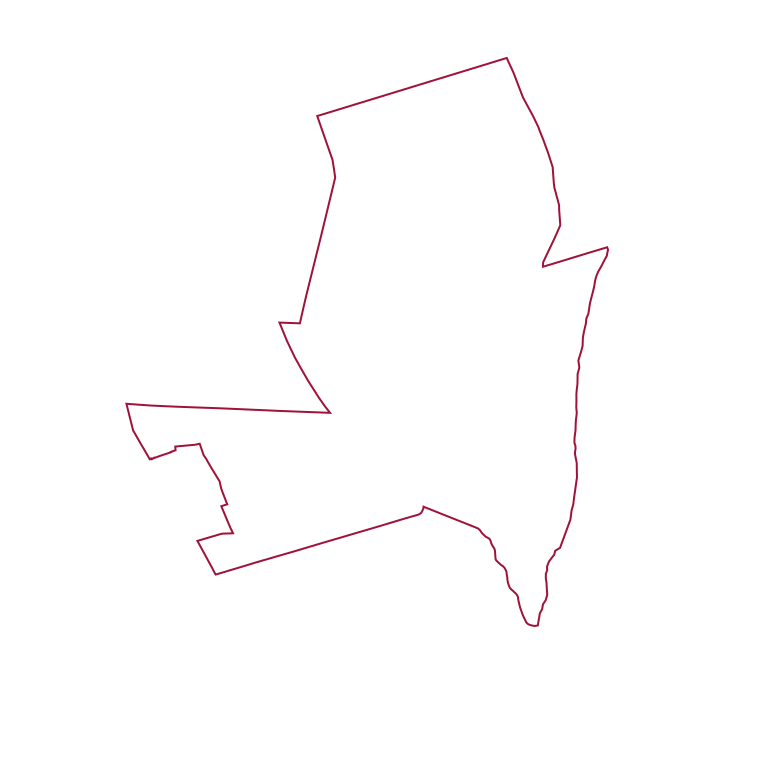 Rivadavia, San Juan, Argentina, rotated 163°
{"feature_id": "61730980B90561116594730", "entity_name": "Rivadavia", "entity_type": "district", "adm_level": 2, "iso_a3": "ARG", "parent_name": "Argentina", "parent_adm1": "San Juan", "projection": "orthographic", "projection_center": [-68.638, -31.547], "detail": "fine", "context": "isolated", "style": "outline", "palette": "rose", "viewbox_px": 768, "rotation_deg": 163, "n_neighbors": 0, "source": "geoboundaries", "source_scale": "gbopen_adm2", "svg_char_len": 3466}
<svg xmlns="http://www.w3.org/2000/svg" viewBox="0 0 768 768"><g transform="rotate(163 384 384)"><path d="M466.0,473.3L464.2,453.7L463.3,447.5L461.4,435.0L458.6,422.1L455.6,409.1L450.2,389.7L447.1,380.2L444.0,372.2L446.9,373.2L489.5,388.0L531.2,402.8L551.3,409.9L572.8,417.3L592.6,424.2L613.6,431.7L624.8,436.0L636.1,440.4L637.5,412.9L636.8,410.1L636.7,409.6L636.5,408.8L636.4,408.2L633.6,395.8L632.7,392.3L630.0,380.6L628.7,381.0L628.5,380.1L627.4,380.3L627.4,380.1L625.3,380.7L625.2,380.4L623.4,380.5L621.5,380.6L620.1,380.7L616.5,380.8L607.6,381.0L607.6,381.4L602.7,381.6L601.9,385.2L596.5,384.1L582.8,381.2L577.7,380.7L577.3,368.8L575.8,364.0L575.6,362.7L573.6,354.1L570.8,343.4L569.7,338.9L570.1,333.8L570.2,331.7L570.2,329.9L569.1,314.8L575.3,314.7L573.6,297.5L573.0,291.7L572.0,285.4L575.2,286.2L581.7,288.0L584.2,288.3L587.9,288.3L596.4,288.4L608.3,288.5L607.8,286.1L602.3,259.2L601.5,254.8L601.0,252.1L600.7,251.0L591.1,250.9L590.8,250.9L586.5,250.9L574.6,250.8L558.9,250.8L537.0,250.5L517.7,250.2L486.2,250.0L471.9,249.8L459.8,249.7L432.5,249.4L407.9,249.3L399.3,249.2L389.6,249.0L388.2,249.2L386.3,249.8L385.1,250.8L383.8,252.2L383.3,252.9L382.7,253.6L382.5,253.9L382.3,254.3L382.2,254.8L382.1,255.1L337.9,219.7L336.5,218.5L336.1,218.1L334.9,216.0L334.3,214.0L333.9,212.7L332.9,210.9L332.2,209.7L331.5,208.3L330.4,207.3L328.5,205.3L328.4,205.2L327.9,202.5L328.0,200.8L327.8,198.7L326.6,194.4L326.6,192.3L328.2,185.4L328.5,183.3L328.0,182.0L326.6,179.5L324.8,176.5L323.7,175.3L322.4,172.7L322.3,172.3L322.0,170.5L321.9,169.5L321.8,168.6L322.3,166.1L322.7,162.5L323.2,161.1L323.4,158.9L323.6,156.8L323.4,153.4L323.1,151.8L321.8,149.4L321.3,148.8L321.1,148.5L320.4,147.0L319.5,145.7L318.7,143.9L318.2,141.8L318.2,140.6L318.6,138.9L318.9,135.9L319.1,132.0L319.2,130.1L318.8,122.1L317.6,114.3L316.4,112.2L314.0,110.3L310.8,108.6L307.5,108.1L306.3,110.6L306.0,111.2L303.8,115.5L303.3,116.5L302.1,119.0L298.5,122.6L298.0,123.6L297.4,124.8L297.3,125.1L296.3,126.9L292.7,129.8L291.3,131.9L289.5,134.7L287.9,141.7L286.7,146.5L286.1,150.7L285.9,151.4L284.7,155.2L282.4,158.2L281.5,161.7L279.6,164.2L278.0,166.1L273.9,169.1L271.1,171.0L269.0,174.5L263.6,175.8L253.5,189.1L245.4,199.8L241.4,208.6L238.3,213.3L236.0,218.5L235.8,219.0L226.8,238.2L223.5,249.7L222.8,252.0L221.8,261.5L220.9,263.8L219.7,266.2L219.3,267.8L219.0,269.0L219.1,272.0L218.4,274.3L217.2,277.6L214.3,283.9L212.7,288.8L211.1,293.2L209.8,296.1L208.1,300.0L207.0,305.3L204.9,311.6L203.2,317.4L202.0,320.6L201.7,321.2L201.4,322.1L199.1,327.2L197.7,331.4L195.9,337.0L193.6,340.6L192.4,342.6L191.6,347.4L191.3,349.6L186.2,357.1L183.0,362.2L180.2,370.3L177.4,375.7L173.2,382.9L171.4,387.4L168.1,391.3L165.4,396.9L163.5,400.9L161.0,405.0L160.3,406.2L157.6,410.5L154.6,415.6L152.0,420.9L150.3,423.7L149.5,424.9L146.7,428.4L143.5,431.4L140.6,434.2L139.0,435.9L138.2,436.8L133.4,441.5L132.2,443.9L130.5,446.9L130.6,449.5L149.5,449.6L152.3,449.6L188.4,449.6L197.7,449.7L197.4,450.8L196.2,453.9L188.8,462.0L178.1,473.7L169.0,484.3L165.6,499.3L164.3,503.8L164.1,508.1L163.9,515.1L163.8,517.1L163.7,521.6L163.0,525.8L160.5,536.9L159.3,542.1L159.5,556.4L160.2,570.1L160.8,577.4L161.0,579.8L161.4,585.6L162.1,589.9L163.0,596.0L166.1,611.3L167.3,617.3L168.2,629.9L168.5,634.7L169.2,644.2L170.9,656.8L171.3,659.9L369.5,659.8L368.4,630.6L367.7,613.4L368.9,604.8L370.3,595.7L377.8,583.0L378.2,582.3L400.4,544.8L432.8,490.8L439.5,479.2L446.7,466.6L466.0,473.3Z" fill="none" stroke="#9f1239" stroke-width="2"/></g></svg>